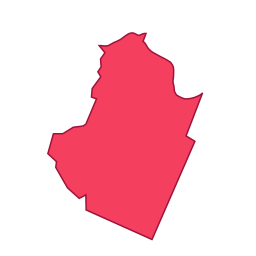 Dyer, Tennessee, United States of America (Albers equal-area conic projection), rotated 112°
{"feature_id": "52423323B67053212067628", "entity_name": "Dyer", "entity_type": "district", "adm_level": 2, "iso_a3": "USA", "parent_name": "United States of America", "parent_adm1": "Tennessee", "projection": "albers", "projection_center": [-89.571, 36.047], "detail": "fine", "context": "isolated", "style": "filled", "palette": "rose", "viewbox_px": 256, "rotation_deg": 112, "n_neighbors": 0, "source": "geoboundaries", "source_scale": "gbopen_adm2", "svg_char_len": 977}
<svg xmlns="http://www.w3.org/2000/svg" viewBox="0 0 256 256"><g transform="rotate(112 128 128)"><path d="M211.5,146.8L205.8,142.0L219.7,136.1L222.4,64.0L115.3,61.0L113.6,71.2L67.5,72.0L69.4,72.9L71.2,74.2L74.8,77.8L76.8,80.5L78.9,84.1L79.7,86.3L79.9,88.7L79.7,92.1L79.4,94.5L79.1,95.6L77.5,97.7L76.5,98.7L72.2,101.0L68.9,103.3L67.9,103.8L63.1,105.1L58.3,106.9L55.4,108.2L53.4,109.8L51.4,112.7L51.0,113.6L50.3,117.7L49.5,126.0L48.6,133.2L48.2,135.1L46.9,138.7L43.2,143.7L42.5,144.9L42.1,146.5L33.6,146.7L34.2,148.2L35.1,149.5L38.1,152.6L38.2,153.0L37.9,157.2L38.0,158.7L38.2,159.7L39.6,161.9L41.0,163.2L44.4,165.5L48.7,168.1L52.0,171.0L53.8,172.9L58.7,176.9L60.0,178.7L60.6,180.2L61.8,184.1L62.4,185.6L66.8,177.6L74.4,179.3L81.4,175.8L87.2,177.0L90.7,172.4L104.8,176.0L113.0,173.5L112.8,168.1L140.3,168.5L143.1,170.6L147.8,179.0L157.7,186.3L161.3,195.0L181.8,192.7L186.0,181.7L191.6,180.2L206.2,161.6L211.5,146.8Z" fill="#f43f5e" stroke="#9f1239" stroke-width="1.5"/></g></svg>